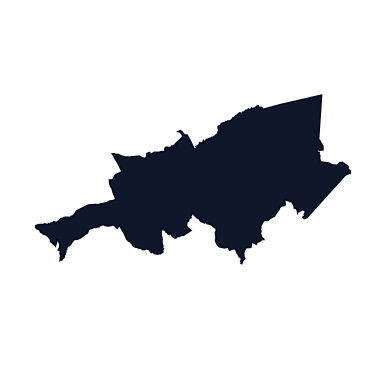 the district of Cocu, Arges, Romania, rotated 82°
{"feature_id": "2599482B3683205747186", "entity_name": "Cocu", "entity_type": "district", "adm_level": 2, "iso_a3": "ROU", "parent_name": "Romania", "parent_adm1": "Arges", "projection": "robinson", "projection_center": [24.657, 44.87], "detail": "fine", "context": "isolated", "style": "filled", "palette": "ink", "viewbox_px": 384, "rotation_deg": 82, "n_neighbors": 0, "source": "geoboundaries", "source_scale": "gbopen_adm2", "svg_char_len": 6100}
<svg xmlns="http://www.w3.org/2000/svg" viewBox="0 0 384 384"><g transform="rotate(82 192 192)"><path d="M240.0,253.0L240.6,250.3L242.2,249.1L242.4,246.7L241.8,244.6L242.3,244.1L242.6,242.8L246.4,240.7L245.8,239.1L247.7,237.9L248.8,234.7L248.5,233.1L248.7,231.5L247.3,229.1L245.7,229.2L244.1,228.3L243.1,228.9L241.3,228.3L239.6,228.7L237.0,228.7L234.3,228.1L229.9,228.4L225.0,227.8L224.0,228.3L223.6,227.4L224.3,226.0L225.5,226.0L225.9,223.9L228.2,223.2L228.9,221.8L230.0,221.7L230.8,220.6L229.8,220.4L229.2,219.2L231.3,218.7L233.4,217.5L235.1,215.5L235.3,214.0L233.9,212.6L234.3,211.3L233.5,208.1L233.7,206.4L229.9,198.3L226.6,201.5L224.9,202.1L222.0,201.5L220.7,201.1L220.2,199.5L218.4,198.8L217.6,197.8L217.3,196.5L216.5,196.8L215.4,196.3L214.9,195.7L214.0,195.5L212.9,194.4L215.1,193.1L218.3,190.6L219.9,188.4L222.0,187.7L224.4,183.8L224.1,182.6L225.5,181.3L226.2,179.2L226.9,178.4L227.0,177.4L228.5,176.4L230.7,174.3L230.8,173.4L231.1,173.2L233.6,173.3L235.4,174.5L239.6,174.5L241.5,174.8L243.4,175.6L247.1,174.5L250.1,172.6L251.9,167.5L251.9,166.3L251.2,164.5L252.7,163.4L253.8,163.4L254.8,162.9L254.8,162.0L254.1,160.3L254.1,157.8L254.7,156.9L259.0,155.7L259.1,155.4L262.9,154.2L262.5,153.6L263.7,152.5L266.7,152.6L267.3,153.5L268.4,153.0L269.4,153.4L269.9,152.7L267.1,151.2L265.3,148.9L263.2,149.6L259.7,149.3L257.1,148.3L255.7,146.9L254.9,146.6L254.6,145.4L255.1,142.5L254.8,141.2L251.6,140.5L250.1,139.2L251.7,137.0L251.6,136.5L252.7,135.7L252.3,135.3L250.9,135.3L250.4,132.1L249.3,130.3L248.8,128.5L249.0,127.5L248.0,127.9L246.5,129.5L245.1,129.4L243.0,130.1L240.3,129.1L238.3,129.6L237.6,128.9L235.0,128.6L231.1,125.6L230.1,124.1L230.7,122.3L230.5,120.3L229.3,118.8L227.4,113.7L223.9,110.8L221.6,108.4L219.2,107.1L218.5,105.3L218.2,102.6L217.6,101.5L214.0,101.4L212.6,101.0L214.7,96.4L215.2,96.2L214.8,95.0L215.2,94.6L217.6,94.0L217.8,93.6L219.7,92.7L222.0,93.0L222.4,92.6L222.4,91.1L223.9,90.9L224.2,90.3L227.3,90.3L226.7,89.9L225.0,85.1L225.1,84.3L226.6,82.5L227.0,82.3L229.7,83.9L229.9,83.5L230.9,83.8L231.5,84.2L232.2,85.1L232.1,85.6L232.6,85.9L233.8,84.6L234.0,83.6L233.4,81.8L196.8,38.1L196.0,36.0L195.2,36.0L195.2,35.1L195.8,34.7L195.2,33.7L195.7,32.9L194.8,32.4L193.3,32.3L191.0,34.5L189.0,33.9L187.8,34.2L183.6,39.0L183.5,41.5L185.4,44.3L185.6,45.3L184.7,49.2L182.3,52.5L180.4,59.6L179.2,60.6L176.0,61.0L173.7,60.3L172.7,60.8L171.8,61.8L171.3,60.7L170.6,60.5L169.7,62.5L168.7,62.8L168.2,62.3L167.7,60.9L167.8,60.0L168.6,59.6L168.3,58.4L168.5,56.6L167.4,56.9L167.3,56.2L164.9,56.0L159.2,58.2L158.3,58.6L157.9,59.4L114.1,50.2L117.6,90.9L120.0,110.3L118.0,111.2L117.6,113.2L116.9,114.2L115.8,114.5L115.8,115.0L116.3,115.5L116.1,116.2L117.8,117.6L117.6,118.3L117.9,118.8L117.5,119.8L118.4,120.2L118.5,120.6L117.5,121.4L118.3,121.8L118.2,123.0L118.7,123.7L117.6,124.5L117.7,124.8L118.7,125.5L118.5,127.2L119.3,128.4L120.1,128.8L119.9,130.7L121.1,131.2L120.7,133.2L120.2,133.5L120.9,135.2L122.3,136.6L122.3,137.5L124.2,140.2L124.4,141.4L125.9,142.6L126.9,144.6L126.6,146.7L127.6,147.8L127.1,148.5L127.9,150.5L128.2,153.4L130.0,154.4L130.5,156.3L131.1,157.1L132.4,157.3L135.0,156.7L135.8,157.6L138.2,158.8L138.8,160.4L140.3,161.0L139.7,161.9L140.7,163.2L140.7,164.9L141.5,166.4L141.4,167.4L141.7,168.6L142.9,169.8L142.0,170.3L143.6,172.2L144.6,171.8L144.9,172.1L145.0,172.9L142.9,173.6L143.9,174.1L145.2,175.5L144.8,176.3L145.1,176.6L144.2,177.3L144.6,177.9L145.3,177.4L146.6,179.0L146.6,179.6L147.4,179.3L147.1,180.2L148.4,179.7L148.9,180.0L148.1,181.6L149.5,180.9L149.9,181.6L149.6,182.5L149.9,183.5L149.7,183.8L139.6,187.1L134.7,189.0L134.7,191.3L130.5,193.8L129.5,195.1L130.2,197.4L130.9,195.7L132.0,194.7L134.5,193.6L135.8,193.6L136.5,194.0L138.3,196.5L138.9,196.8L139.2,198.0L141.9,201.6L142.4,201.4L143.4,201.7L143.0,202.6L143.1,203.2L143.5,203.9L144.1,204.2L143.5,205.4L144.3,206.2L144.9,206.4L144.7,206.9L145.0,208.3L144.7,208.5L144.8,209.1L144.3,210.0L144.6,210.3L144.2,211.0L144.4,211.0L144.4,212.1L145.6,213.1L147.2,212.9L148.3,213.9L147.7,216.1L148.0,216.5L147.7,217.0L147.8,217.7L148.4,217.6L147.4,223.7L149.0,227.5L149.0,228.3L148.3,228.1L147.0,228.5L147.6,231.3L150.7,232.0L152.2,233.3L152.1,234.5L151.3,236.1L151.4,237.3L150.1,237.8L149.1,239.1L148.8,246.3L148.6,247.1L149.0,248.7L148.3,250.7L148.3,252.5L146.4,257.1L144.6,259.8L144.1,262.6L143.4,263.5L143.1,265.6L147.3,263.4L147.3,263.9L152.8,261.5L162.2,258.4L164.0,264.7L165.2,266.4L168.5,268.4L168.9,269.7L168.6,272.1L172.8,272.3L173.4,271.9L175.4,271.9L176.8,270.8L181.7,270.1L188.9,268.4L189.5,271.7L189.5,274.8L190.5,277.5L191.3,282.4L191.0,283.6L191.3,284.8L191.4,288.5L190.9,288.9L190.5,296.4L194.4,308.3L195.2,309.5L197.4,311.1L197.6,311.8L198.6,312.4L198.6,312.8L199.1,313.3L199.2,314.6L200.2,316.3L199.4,320.8L199.5,322.8L200.3,323.9L200.1,325.3L201.0,326.8L202.1,327.3L202.3,328.8L203.1,329.6L203.1,330.9L202.3,333.2L203.4,334.7L203.1,335.7L203.3,336.8L204.3,337.4L204.3,337.8L203.4,338.4L204.2,339.6L203.0,342.4L203.7,345.0L203.1,345.5L203.2,346.8L202.9,348.1L203.6,349.2L202.5,349.5L203.9,349.7L203.5,351.3L205.5,351.7L206.6,351.1L207.8,348.9L210.0,347.1L210.4,347.7L211.0,347.4L211.3,346.4L212.7,345.4L214.4,342.2L215.8,340.9L218.7,339.0L220.2,338.8L221.5,339.1L221.7,338.6L226.6,334.8L221.2,332.4L220.2,332.3L220.1,331.9L220.6,331.4L225.6,330.1L228.5,330.8L230.7,332.5L232.4,330.5L234.7,331.3L236.4,330.8L241.3,332.2L240.7,331.1L241.3,330.6L239.9,329.5L239.0,327.7L236.5,327.0L235.8,326.1L234.9,326.2L234.0,325.3L232.1,325.1L231.3,324.1L229.7,323.7L228.2,322.5L228.1,321.5L226.9,319.3L225.0,318.3L224.6,317.1L223.1,316.1L222.6,314.4L222.8,313.3L222.5,312.9L222.8,311.9L222.3,311.3L222.5,310.5L221.8,308.4L219.2,303.9L218.3,301.7L217.8,301.8L217.3,300.8L215.2,299.8L214.1,298.1L214.1,296.0L213.3,293.8L213.7,293.0L213.7,291.5L213.3,290.8L213.7,289.2L212.5,288.1L212.5,286.7L211.8,284.8L211.9,284.3L213.2,282.5L214.1,279.7L213.8,278.4L214.0,277.4L213.5,274.5L217.5,271.0L214.8,268.6L223.2,265.0L230.1,263.0L230.8,262.1L231.5,262.0L232.0,261.2L232.1,260.4L233.2,260.0L234.8,258.6L236.7,258.1L238.1,256.7L238.9,255.2L238.9,254.2L240.0,253.0Z" fill="#0f172a" stroke="#020617" stroke-width="1.5"/></g></svg>